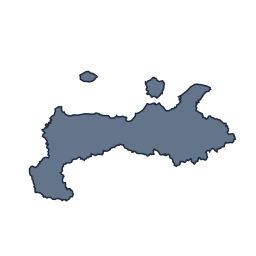 outline of Anatolikis Makedonias kai Thr*, Anatoliki Makedonia kai Thraki, Greece, rotated 171°
{"feature_id": "26713481B84884565940454", "entity_name": "Anatolikis Makedonias kai Thr*", "entity_type": "district", "adm_level": 2, "iso_a3": "GRC", "parent_name": "Greece", "parent_adm1": "Anatoliki Makedonia kai Thraki", "projection": "mercator", "projection_center": [25.319, 41.071], "detail": "fine", "context": "isolated", "style": "filled", "palette": "slate", "viewbox_px": 256, "rotation_deg": 171, "n_neighbors": 0, "source": "geoboundaries", "source_scale": "gbopen_adm2", "svg_char_len": 5796}
<svg xmlns="http://www.w3.org/2000/svg" viewBox="0 0 256 256"><g transform="rotate(171 128 128)"><path d="M40.7,155.1L43.9,157.2L48.5,159.1L53.3,160.6L55.7,160.4L59.9,158.7L63.4,155.8L69.6,152.2L73.2,150.9L72.9,150.4L71.7,151.0L71.0,150.5L71.3,148.8L71.8,148.5L72.8,148.8L73.0,148.1L72.9,147.6L71.7,146.9L71.8,146.1L72.1,145.5L72.7,145.6L73.7,143.9L76.1,143.1L77.1,141.0L78.2,140.8L78.6,141.2L79.6,140.0L81.8,140.1L82.6,139.3L85.1,138.7L88.0,139.2L89.1,141.6L90.2,143.4L92.0,145.2L93.3,147.8L96.0,146.5L98.0,147.2L98.5,147.9L97.4,147.9L97.6,148.2L99.3,148.5L102.8,147.7L105.1,149.0L105.6,148.8L106.9,146.9L110.6,143.2L114.8,141.4L116.7,141.0L118.3,141.2L118.8,138.8L119.2,138.3L123.1,134.9L125.7,134.3L127.9,134.9L128.6,135.5L128.6,136.9L127.7,138.1L127.9,138.8L130.4,139.5L131.1,140.4L133.8,140.3L136.3,140.7L137.4,142.0L137.8,141.1L138.9,140.9L139.7,140.1L142.5,140.3L144.0,140.8L145.3,143.1L150.5,144.2L154.2,145.9L154.2,146.5L157.3,147.8L159.8,146.9L168.0,148.8L175.4,148.5L179.9,149.5L182.2,148.8L185.1,149.5L186.5,150.4L188.1,152.0L188.6,153.8L189.9,153.6L190.9,156.1L190.5,157.5L190.7,158.1L190.2,158.9L190.5,159.5L193.6,159.7L196.9,158.3L197.2,157.3L197.1,155.7L199.0,152.4L202.1,151.1L202.5,150.3L203.4,149.8L203.2,148.9L202.4,148.8L202.5,147.4L203.7,147.2L203.7,144.9L204.2,144.9L204.1,145.7L204.4,146.5L204.4,145.4L205.5,145.7L205.8,143.6L206.5,142.7L206.5,143.7L207.2,144.6L208.4,144.6L209.1,143.7L208.0,142.0L208.1,141.2L209.4,141.4L210.9,140.0L213.1,139.7L212.8,138.8L210.8,136.4L211.2,135.7L212.6,135.2L213.7,133.0L211.0,130.9L211.1,130.0L209.9,128.1L209.9,127.1L211.2,125.9L211.4,125.0L211.1,124.7L209.4,124.7L209.5,123.9L210.5,123.4L211.3,121.4L209.5,119.4L209.8,118.3L210.7,117.3L210.4,115.8L211.2,113.9L210.2,113.1L210.3,112.1L211.3,111.1L214.2,112.0L216.3,111.5L218.9,108.9L220.6,108.5L220.5,107.0L222.0,106.5L222.6,105.9L222.9,104.7L224.0,104.4L224.9,103.5L226.7,103.9L228.1,105.2L229.5,105.2L231.7,103.1L232.2,99.4L231.8,96.6L230.6,95.7L230.7,92.3L229.9,91.0L230.1,88.8L229.2,86.1L230.0,84.6L229.1,83.2L229.7,81.5L229.4,80.6L229.8,79.5L229.2,78.7L227.6,78.7L224.9,77.6L222.1,74.7L222.5,73.9L221.9,72.9L220.7,73.1L218.9,71.6L217.7,72.1L215.4,71.4L214.7,70.9L213.6,69.5L211.1,68.9L209.7,69.5L208.0,69.2L205.6,68.2L204.2,66.6L203.0,67.4L201.5,67.0L200.5,66.5L200.3,65.8L199.9,65.9L196.8,67.5L195.8,69.1L193.9,68.9L193.0,69.9L192.5,71.1L192.9,72.7L192.7,73.8L193.7,75.6L194.5,75.6L194.8,77.1L196.3,77.3L197.8,76.7L197.9,78.4L198.9,79.1L198.4,83.8L200.5,83.8L200.8,85.1L201.0,87.2L200.1,88.6L200.1,89.6L199.0,90.0L198.9,90.5L199.3,91.5L200.5,92.4L201.8,94.3L200.4,95.0L199.3,96.2L199.6,97.4L199.2,98.6L198.4,100.2L197.7,100.4L197.6,101.4L197.2,102.2L195.2,102.1L194.6,102.6L194.7,103.0L194.2,103.1L190.7,102.7L189.0,103.2L188.2,104.9L186.5,105.6L184.1,105.4L181.5,106.7L180.4,106.8L179.4,106.2L179.4,104.7L178.2,104.8L177.6,103.9L176.1,103.0L175.6,103.9L173.8,104.3L173.0,105.3L172.3,105.5L171.8,105.0L170.9,105.6L168.8,105.8L168.5,108.0L168.2,108.1L164.4,106.0L161.5,106.9L157.8,105.7L156.7,106.6L155.8,109.4L155.4,109.5L154.8,108.8L153.8,108.6L151.8,108.5L149.0,109.5L148.8,110.5L145.6,111.3L144.5,111.0L142.1,112.6L139.6,112.4L138.5,113.2L137.1,112.4L135.2,112.2L135.2,111.5L134.2,108.9L131.7,107.4L131.5,106.4L128.2,105.1L127.6,104.4L127.8,103.4L126.8,103.4L125.8,104.2L124.4,103.4L123.0,101.5L117.5,100.3L115.8,99.3L114.9,99.2L113.0,97.3L111.7,97.7L110.8,98.7L110.0,98.9L108.9,98.2L106.5,98.0L106.7,99.2L106.3,102.3L106.1,102.8L105.4,103.0L104.5,102.0L102.9,101.2L101.5,99.5L100.4,96.6L98.9,96.2L97.8,96.4L97.0,95.8L95.5,96.6L95.2,96.3L95.6,95.1L94.8,94.9L92.2,95.8L91.2,94.3L91.3,92.9L91.0,91.9L89.5,91.0L88.7,88.8L88.9,87.6L87.6,85.2L88.2,84.2L86.3,82.6L85.0,83.4L83.1,83.7L82.0,84.7L81.9,86.2L81.0,86.8L80.2,86.2L78.6,86.2L78.1,85.4L77.3,85.2L76.4,85.6L75.1,87.3L73.3,86.4L70.9,87.9L70.3,86.5L70.7,85.3L69.8,84.1L68.6,83.4L68.9,82.6L67.9,82.1L65.6,84.5L64.4,84.2L64.3,84.9L63.2,85.9L63.3,87.0L62.6,87.5L61.8,87.3L60.8,85.4L59.1,85.7L58.8,85.2L57.7,85.0L56.8,84.2L55.4,84.9L55.0,85.9L54.0,86.8L54.4,88.7L54.2,90.2L54.9,91.9L53.0,93.4L51.5,92.9L51.1,91.8L50.4,92.9L47.9,94.6L45.9,93.4L45.8,92.4L43.9,90.5L43.5,91.3L43.4,92.7L42.3,93.5L41.5,93.1L40.8,93.6L39.9,93.5L38.3,94.6L36.0,94.6L35.3,96.4L33.8,98.4L32.9,97.7L28.8,97.7L27.3,97.1L25.5,98.6L25.4,99.9L24.7,100.3L23.8,100.2L24.1,101.4L23.8,102.3L24.4,103.1L24.5,105.2L25.9,106.0L29.5,106.0L30.3,107.0L30.6,108.4L29.5,109.3L28.9,111.7L29.8,113.0L29.4,114.2L30.1,114.9L31.1,114.9L30.6,115.9L30.6,117.3L31.6,117.6L32.5,117.2L33.9,118.7L34.3,119.8L35.5,120.6L36.1,121.8L37.0,121.8L38.9,123.1L40.3,123.0L42.5,125.0L43.7,125.0L44.5,126.0L44.7,126.9L46.6,127.0L47.8,125.1L49.3,124.5L49.9,125.8L50.5,125.8L51.7,127.0L52.2,126.7L52.5,128.0L52.1,128.5L52.4,130.3L53.3,130.4L53.4,131.0L53.9,131.1L54.2,131.7L55.4,132.2L56.4,133.5L58.0,134.3L57.8,135.6L56.9,137.1L57.8,138.8L56.2,140.8L56.8,142.1L56.6,142.7L56.1,142.7L55.1,141.9L53.8,142.4L54.5,144.4L52.7,144.4L51.7,144.9L51.7,145.7L49.4,147.4L49.1,148.5L48.1,149.0L47.2,150.3L46.2,150.6L45.3,151.5L42.4,151.7L41.9,152.5L40.3,153.3L41.1,154.6L40.7,155.1ZM96.1,154.7L94.8,153.1L91.3,155.3L90.1,156.9L88.8,156.6L88.4,158.7L86.8,161.0L86.2,162.6L86.2,163.5L85.2,165.6L85.4,167.4L86.1,168.1L86.4,169.2L89.7,169.0L90.7,169.5L91.8,170.6L92.8,172.8L94.2,173.0L94.4,173.9L95.6,173.8L98.2,171.8L101.3,171.2L102.2,170.1L102.7,169.9L103.5,170.8L103.8,169.7L102.7,164.8L103.9,163.7L103.7,162.1L102.5,161.6L102.3,160.6L102.7,159.4L103.8,159.4L104.2,159.0L103.4,158.2L102.0,158.0L100.9,157.2L100.2,156.1L100.2,155.3L99.6,154.7L97.9,155.3L96.1,154.7ZM158.4,179.6L155.4,180.1L153.7,180.8L151.7,182.8L150.4,183.3L150.9,184.4L154.2,187.3L156.5,188.2L158.0,189.9L160.5,190.2L167.3,187.6L167.0,186.3L167.4,183.6L164.5,181.1L158.4,179.6Z" fill="#64748b" stroke="#1e293b" stroke-width="1.5"/></g></svg>